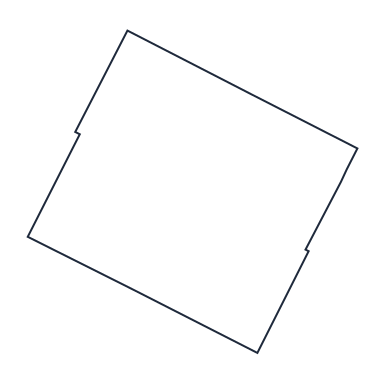 outline of Lincoln, Nebraska, United States of America, rotated 27°
{"feature_id": "52423323B56844685522234", "entity_name": "Lincoln", "entity_type": "district", "adm_level": 2, "iso_a3": "USA", "parent_name": "United States of America", "parent_adm1": "Nebraska", "projection": "equal_earth", "projection_center": [-100.713, 41.046], "detail": "fine", "context": "isolated", "style": "outline", "palette": "slate", "viewbox_px": 384, "rotation_deg": 27, "n_neighbors": 0, "source": "geoboundaries", "source_scale": "gbopen_adm2", "svg_char_len": 334}
<svg xmlns="http://www.w3.org/2000/svg" viewBox="0 0 384 384"><g transform="rotate(27 192 192)"><path d="M61.2,77.5L60.7,191.5L65.8,191.5L65.8,205.8L66.0,306.5L184.1,305.7L323.3,305.7L322.8,191.8L319.3,191.8L320.1,115.2L319.6,101.4L319.6,78.1L315.8,78.1L200.3,78.0L61.2,77.5Z" fill="none" stroke="#1e293b" stroke-width="2"/></g></svg>